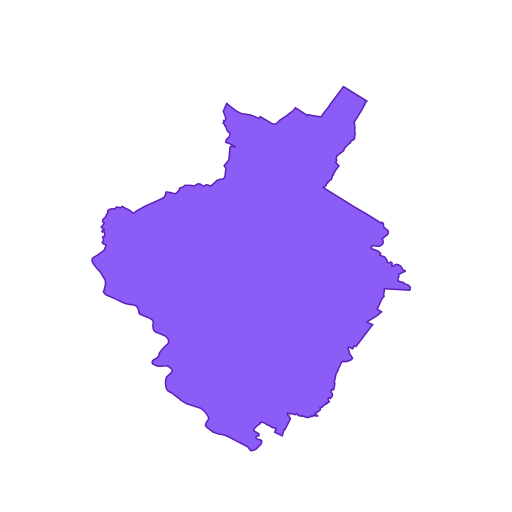 Kota Surakarta, Jawa Tengah, Indonesia (Natural Earth projection), rotated 107°
{"feature_id": "22746128B33460906687482", "entity_name": "Kota Surakarta", "entity_type": "district", "adm_level": 2, "iso_a3": "IDN", "parent_name": "Indonesia", "parent_adm1": "Jawa Tengah", "projection": "natural_earth1", "projection_center": [110.818, -7.559], "detail": "fine", "context": "isolated", "style": "filled", "palette": "violet", "viewbox_px": 512, "rotation_deg": 107, "n_neighbors": 0, "source": "geoboundaries", "source_scale": "gbopen_adm2", "svg_char_len": 6158}
<svg xmlns="http://www.w3.org/2000/svg" viewBox="0 0 512 512"><g transform="rotate(107 256 256)"><path d="M187.0,145.4L187.8,145.4L187.8,146.3L187.3,148.4L184.4,159.0L179.9,177.8L170.8,211.9L168.6,209.7L165.9,209.5L165.0,208.8L164.6,209.4L163.5,208.1L161.6,207.3L161.0,206.4L157.0,206.2L155.7,205.6L155.3,206.1L149.2,204.4L145.7,203.0L145.3,203.2L144.4,205.5L143.8,205.8L143.2,207.2L141.4,206.7L140.6,206.8L140.2,207.1L139.9,207.9L136.5,207.8L129.8,203.0L127.1,202.8L126.2,202.5L123.2,200.9L119.7,198.6L119.4,199.0L118.3,199.1L116.9,197.1L116.0,197.0L115.1,195.9L113.4,196.6L112.1,196.6L109.9,197.0L107.0,198.4L105.5,198.6L104.6,199.1L104.0,199.1L100.1,200.7L99.0,201.6L97.5,200.7L85.3,197.5L78.6,196.2L77.1,196.4L76.3,195.6L75.4,195.2L68.4,221.9L89.6,229.5L92.6,230.3L98.2,232.6L104.0,234.4L104.4,238.4L104.9,239.1L104.8,241.7L105.3,243.0L105.4,247.1L106.5,247.4L106.7,247.8L106.3,248.5L106.6,248.6L106.3,248.8L102.7,261.7L106.2,262.9L109.9,265.8L112.1,267.2L119.4,273.1L121.4,274.0L123.7,275.4L124.6,277.6L124.8,278.9L121.5,292.8L123.5,293.0L122.7,302.3L123.9,310.4L124.0,312.3L123.0,317.4L119.4,327.1L118.5,328.5L119.1,328.7L127.2,329.6L131.5,326.2L134.3,324.7L135.6,325.6L136.1,325.7L136.0,326.5L137.2,325.9L138.4,326.4L138.7,325.4L140.9,323.5L140.9,323.0L141.3,322.6L144.2,320.6L145.8,318.3L146.0,317.2L147.7,316.5L148.8,316.2L150.0,316.5L152.1,317.9L154.0,318.4L156.0,318.3L156.3,317.8L156.1,315.0L157.2,310.1L157.1,308.7L157.7,308.1L157.7,309.9L158.0,310.6L158.8,312.4L159.5,312.6L162.1,312.2L163.4,311.6L164.2,311.8L166.9,311.1L168.0,310.6L169.4,310.8L171.0,310.1L172.7,310.3L178.9,312.9L181.4,310.0L183.8,310.0L189.0,308.9L191.3,309.5L192.2,310.2L193.3,313.0L195.3,315.6L197.9,316.9L200.3,318.6L201.7,319.3L202.2,319.9L202.4,320.6L202.2,322.1L202.3,324.0L202.8,324.9L204.0,325.6L204.4,326.4L204.4,327.4L203.5,330.6L203.9,332.6L207.0,335.5L207.4,336.9L207.5,339.2L209.4,345.0L210.8,345.4L213.0,348.4L214.2,349.0L215.0,348.8L216.8,349.3L219.2,350.5L219.6,350.9L220.3,352.8L220.3,355.8L220.9,360.4L221.3,360.8L223.7,360.5L225.0,360.7L227.0,361.4L228.1,362.2L241.3,377.2L247.6,383.2L251.0,385.7L249.3,390.1L248.9,391.6L248.6,394.3L247.7,398.4L247.8,398.7L249.3,399.3L249.9,403.7L250.6,404.2L252.1,404.4L253.1,407.8L254.0,409.5L254.8,410.1L255.2,410.7L256.4,411.0L257.9,410.5L260.4,411.1L261.6,411.1L263.1,411.5L265.4,412.9L266.7,413.1L267.9,412.8L268.2,412.5L268.8,410.9L269.2,410.8L272.0,411.7L273.4,412.5L273.9,412.3L274.1,411.8L275.2,408.7L275.7,408.7L276.2,410.1L277.2,410.6L277.6,410.5L277.9,410.2L277.9,409.5L277.4,408.2L278.5,407.4L281.3,406.6L281.6,406.8L282.4,408.2L282.8,408.3L284.6,406.9L286.1,406.4L287.8,407.0L288.5,406.8L289.0,405.4L289.3,402.7L290.4,402.6L294.6,402.9L295.6,403.4L301.3,407.7L305.3,411.3L305.9,411.7L308.0,411.6L309.4,410.8L310.9,409.3L312.9,406.8L317.2,399.8L323.3,393.0L327.3,391.6L331.2,391.5L333.6,391.2L334.9,391.6L337.0,388.4L338.2,377.1L339.4,370.2L339.7,367.1L339.3,362.7L338.7,359.5L338.6,357.3L338.8,356.0L340.6,353.5L344.6,351.2L343.6,350.6L345.0,350.9L345.7,349.5L346.5,340.1L347.4,336.6L349.0,334.9L352.5,334.4L355.0,333.4L356.4,332.5L357.2,331.5L358.1,329.9L358.6,323.2L359.2,318.8L361.0,315.9L362.3,315.0L364.4,314.3L366.0,314.8L370.2,317.2L374.2,319.0L377.2,320.1L379.6,319.9L382.2,320.6L386.1,324.3L388.4,324.2L389.4,323.2L390.1,318.6L389.5,315.1L387.2,310.0L387.3,307.2L388.5,304.2L389.7,302.8L391.0,302.5L393.1,303.4L397.9,306.2L400.4,306.2L403.5,305.6L405.6,304.8L409.0,303.0L411.0,300.4L411.7,296.1L413.9,290.5L414.4,288.7L415.6,286.4L416.4,284.0L417.6,278.9L417.8,264.1L419.5,260.0L421.6,257.0L423.9,254.5L425.1,253.8L427.3,254.0L429.8,254.9L432.6,254.9L433.9,253.6L437.0,245.5L437.2,239.9L436.5,234.8L436.7,231.8L437.5,226.4L441.0,207.9L442.0,206.8L443.0,204.9L443.5,204.5L443.6,203.4L441.1,199.7L434.7,196.3L432.4,196.1L430.8,196.7L430.5,198.2L430.8,201.0L430.3,202.3L429.5,203.1L428.3,202.7L427.4,201.0L426.3,200.7L425.2,201.2L423.9,206.4L423.0,207.4L421.0,206.9L417.1,204.8L416.9,204.4L415.1,203.0L414.2,203.4L413.2,201.6L413.2,198.9L414.3,195.5L414.1,195.1L413.9,194.2L414.3,193.7L415.3,190.3L415.3,190.0L415.0,189.6L415.3,187.2L414.8,186.8L416.0,186.2L418.3,186.6L419.1,186.5L420.3,178.3L413.9,178.4L413.8,177.7L413.5,177.5L401.6,175.5L399.2,177.9L398.5,179.6L396.8,179.8L397.1,176.8L396.4,176.2L396.2,171.9L394.8,171.1L396.1,169.2L396.1,167.5L395.5,166.6L395.5,166.3L395.9,166.3L395.7,164.5L395.2,163.8L395.6,161.6L395.5,159.5L394.5,157.6L393.7,157.6L393.1,157.0L393.3,155.5L392.8,155.0L391.8,154.8L391.6,152.6L391.1,150.4L390.5,150.6L390.3,151.2L390.4,152.8L389.8,153.4L389.0,153.3L387.9,152.0L387.3,152.1L386.8,151.1L384.1,149.4L383.1,149.8L382.2,150.4L381.1,148.5L380.6,148.0L379.5,148.1L378.4,146.8L377.1,146.2L376.9,145.3L376.5,145.0L376.1,145.5L375.7,145.3L374.4,143.4L373.6,143.4L372.4,145.0L371.4,145.3L370.4,144.9L370.3,144.0L370.6,143.4L370.5,143.2L370.2,143.4L369.4,143.1L369.1,142.4L367.8,142.5L367.5,142.1L365.9,142.4L363.4,144.8L361.8,144.7L361.8,143.9L361.6,144.0L361.2,143.8L361.2,143.3L360.7,142.5L354.8,143.3L354.6,144.1L345.4,145.0L341.8,144.2L341.7,144.5L332.1,143.0L331.7,142.7L331.7,142.1L331.3,142.0L331.0,139.6L330.7,139.5L330.4,138.5L330.1,138.4L329.9,137.3L329.5,137.2L328.8,136.6L328.0,135.1L325.8,133.7L324.8,134.5L322.1,137.8L316.9,141.0L315.9,140.6L316.5,136.5L312.9,135.8L313.3,133.9L287.5,124.4L287.0,130.4L284.7,129.0L277.8,122.9L272.7,119.6L271.4,124.5L259.7,123.0L257.3,121.7L256.4,122.1L256.0,122.6L252.7,123.0L249.8,123.6L243.7,98.9L241.0,99.1L239.5,101.3L239.2,102.6L239.3,105.4L238.3,106.7L238.4,112.1L237.2,113.5L235.8,113.6L234.1,113.3L232.7,113.8L231.7,114.5L231.0,113.2L228.6,110.8L227.2,108.9L226.5,109.0L226.4,111.1L223.7,114.4L223.0,115.6L222.7,117.7L222.8,118.9L223.5,120.2L225.3,121.8L226.0,123.2L225.5,123.4L223.4,123.5L222.8,124.0L222.5,124.7L222.5,125.5L223.8,127.0L223.9,127.8L223.8,128.2L221.6,129.7L219.2,132.8L219.2,136.3L218.8,138.0L217.2,137.4L215.5,140.9L215.1,148.0L212.5,148.1L211.5,146.1L211.4,143.9L210.9,141.3L209.4,139.7L207.8,138.6L206.8,138.2L204.8,138.7L202.4,140.2L197.7,136.8L195.8,136.2L194.1,136.5L193.1,137.3L191.2,141.9L190.2,142.7L187.6,143.7L187.0,145.4Z" fill="#8b5cf6" stroke="#5b21b6" stroke-width="1.5"/></g></svg>